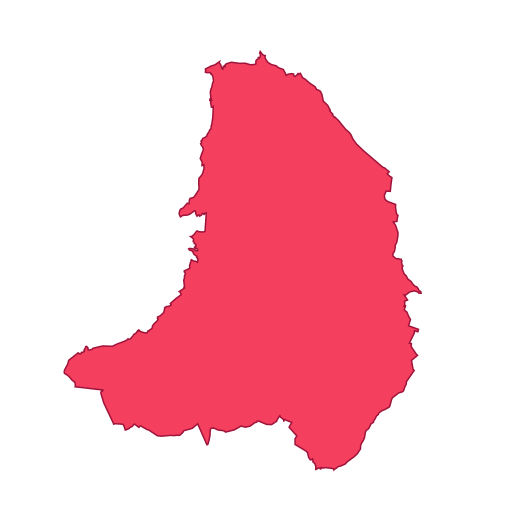 the district of Mugeni, Harghita, Romania, rotated 8°
{"feature_id": "2599482B85460636832431", "entity_name": "Mugeni", "entity_type": "district", "adm_level": 2, "iso_a3": "ROU", "parent_name": "Romania", "parent_adm1": "Harghita", "projection": "orthographic", "projection_center": [25.181, 46.268], "detail": "fine", "context": "isolated", "style": "filled", "palette": "rose", "viewbox_px": 512, "rotation_deg": 8, "n_neighbors": 0, "source": "geoboundaries", "source_scale": "gbopen_adm2", "svg_char_len": 6075}
<svg xmlns="http://www.w3.org/2000/svg" viewBox="0 0 512 512"><g transform="rotate(8 256 256)"><path d="M362.9,457.0L363.3,456.3L364.4,455.6L366.7,453.1L369.3,452.1L373.5,449.4L374.8,447.3L381.3,440.9L383.7,438.0L386.3,432.6L386.0,429.0L386.7,426.3L387.5,424.8L388.7,421.2L388.9,415.1L389.6,413.2L391.6,411.3L393.3,406.2L395.5,404.3L395.5,402.6L396.5,400.9L397.7,397.3L399.1,396.1L399.4,394.6L400.2,393.5L402.8,391.3L404.7,390.3L408.9,387.1L409.4,386.2L410.2,379.4L410.8,377.5L416.1,371.9L419.9,370.1L420.9,368.9L421.6,365.0L422.6,362.0L422.6,360.6L422.3,359.8L428.6,347.3L427.3,346.3L424.5,337.7L429.8,331.9L428.6,331.1L422.2,324.0L422.1,321.1L420.0,321.0L423.5,310.3L423.3,308.1L426.9,308.5L427.1,306.0L416.8,303.9L417.8,297.3L415.6,294.6L413.3,290.6L410.3,288.7L411.1,283.9L410.3,285.2L409.6,285.1L410.1,283.5L409.5,280.1L412.2,278.5L408.2,274.0L409.4,274.1L413.3,270.1L417.8,268.5L421.2,269.1L422.3,270.1L424.7,269.9L424.1,268.3L422.2,267.5L421.1,265.7L419.5,264.2L417.4,263.7L415.0,261.8L413.1,259.6L409.5,257.6L407.4,254.6L405.3,253.2L402.5,248.4L402.5,246.1L402.9,245.4L402.3,245.2L400.9,242.0L400.9,241.5L401.3,241.0L400.2,239.0L398.5,239.3L397.7,238.8L395.2,239.2L391.5,236.9L391.3,236.1L391.5,234.0L392.3,232.7L392.5,231.7L392.7,228.1L392.3,226.3L393.5,222.8L393.7,216.4L393.4,213.1L390.0,206.3L387.2,203.2L390.8,202.1L390.6,199.5L391.0,196.1L389.3,194.7L388.9,193.5L387.4,188.7L387.1,185.5L379.2,183.8L377.8,183.1L376.0,182.0L375.3,180.8L375.4,180.4L374.8,179.0L374.8,177.5L375.9,173.6L380.0,173.3L379.7,166.3L379.7,159.4L377.3,158.4L374.5,156.3L376.2,154.1L371.1,150.9L369.1,150.4L347.8,136.8L339.9,131.1L335.6,126.6L333.1,122.6L331.2,120.7L326.9,117.9L319.1,110.6L314.9,107.5L314.6,107.9L312.1,105.8L311.9,105.0L312.2,104.8L309.1,102.3L308.7,101.8L309.2,101.2L306.0,96.8L301.2,93.4L298.7,86.7L297.3,84.5L296.1,83.4L292.9,82.7L291.0,80.2L284.8,77.2L280.2,74.1L277.4,73.0L274.5,68.9L272.8,70.2L272.2,69.5L271.1,71.4L269.7,72.8L268.3,72.1L268.0,70.6L266.0,70.4L262.2,71.6L260.7,73.0L259.6,70.9L257.1,67.5L252.0,66.4L249.5,64.8L244.7,64.3L241.0,62.7L238.3,59.9L237.2,58.0L237.3,56.3L235.0,56.0L231.7,52.9L231.4,54.6L232.0,54.9L232.4,57.1L232.2,59.1L231.7,59.6L230.7,59.1L230.4,60.7L228.9,62.1L228.8,63.9L229.2,65.7L228.1,66.4L224.4,67.4L218.2,66.6L213.1,67.5L204.5,67.6L199.8,69.8L198.6,71.5L199.1,71.9L198.9,73.0L197.3,72.7L197.1,75.6L196.2,75.2L194.4,71.5L192.6,69.6L192.8,68.6L188.6,72.5L185.3,74.0L179.8,77.9L180.4,79.1L180.2,80.9L181.5,81.3L185.1,80.8L186.1,81.6L186.0,82.1L186.7,82.2L187.6,83.2L188.5,84.7L189.5,88.4L189.4,90.0L189.0,90.4L188.7,95.3L188.2,96.9L187.9,100.0L189.1,105.1L190.2,107.6L188.6,107.0L188.6,108.5L189.8,109.1L189.8,111.2L190.4,112.3L190.9,114.6L192.1,114.9L192.9,114.0L193.9,124.3L193.9,131.3L193.5,133.5L193.8,136.1L192.6,137.6L192.2,139.5L190.7,142.4L190.8,143.9L190.1,144.3L189.7,145.2L187.0,146.9L186.5,148.0L186.7,148.7L185.7,149.4L185.6,150.0L186.4,151.4L185.5,152.5L186.7,154.3L187.9,155.3L189.1,157.9L187.9,162.8L187.2,167.3L189.7,170.7L189.9,174.0L191.7,172.9L192.3,176.6L191.7,181.2L191.1,183.2L188.6,187.3L189.4,193.5L190.2,196.6L190.1,198.5L186.9,205.3L185.9,206.8L182.9,208.0L182.3,209.1L182.3,213.6L180.6,213.3L177.2,218.5L174.9,220.0L174.3,221.2L173.9,224.0L174.2,225.4L175.7,227.8L177.7,226.1L182.7,224.9L184.6,223.8L189.1,219.6L189.9,219.9L190.3,222.4L192.1,224.8L192.9,223.6L193.8,223.2L194.6,224.4L196.3,223.0L197.1,221.2L198.8,222.1L199.7,220.4L200.8,220.3L202.1,238.8L200.9,239.4L198.3,239.8L195.5,239.8L194.2,239.3L193.6,239.9L191.5,243.6L189.7,245.5L188.5,245.8L191.3,247.5L191.9,248.5L191.7,250.1L191.9,250.6L192.9,250.9L193.2,252.4L194.3,252.6L195.2,253.5L194.8,254.3L195.1,255.1L193.9,255.7L193.9,256.4L194.9,257.0L196.2,256.8L197.1,257.6L197.5,258.5L197.1,259.0L195.8,259.1L193.0,257.8L190.6,257.6L188.9,257.8L188.3,258.3L189.3,259.4L191.6,259.8L193.2,260.6L193.1,261.2L194.5,263.1L197.6,264.6L197.3,265.6L198.9,266.7L198.6,267.4L199.1,269.2L198.9,270.4L196.9,269.6L195.5,269.8L192.5,268.7L191.5,275.1L192.2,277.4L187.0,280.7L187.2,281.7L187.8,281.9L188.5,283.7L187.9,285.7L188.2,287.4L187.8,290.1L189.3,295.9L189.0,297.3L189.7,297.6L184.9,301.9L185.7,302.3L187.4,304.6L182.8,309.1L177.8,314.9L178.8,316.3L178.6,316.5L176.2,318.2L174.7,318.3L172.8,319.8L172.7,323.4L172.3,325.1L169.2,328.8L167.0,330.1L167.1,331.6L167.9,332.5L166.5,334.9L164.8,336.8L163.3,339.4L163.1,342.2L160.4,344.6L160.3,345.1L159.5,345.2L158.7,347.3L156.2,347.6L150.6,346.6L150.9,345.8L150.2,345.5L149.2,346.4L148.2,348.7L145.7,350.9L145.7,351.6L142.8,356.0L141.3,356.3L140.8,355.8L140.3,356.8L137.0,359.1L130.8,362.4L126.3,365.4L116.8,366.4L107.7,369.9L106.4,371.3L104.3,372.3L102.9,372.3L102.4,370.4L100.9,369.1L100.0,369.4L99.9,370.4L98.8,373.3L99.3,374.4L97.9,375.5L96.5,375.7L96.3,376.9L95.8,377.3L94.9,377.5L93.4,376.6L85.0,385.4L84.7,388.9L82.2,395.8L82.3,398.1L82.7,398.9L86.3,400.5L89.1,402.6L91.0,404.5L93.8,406.1L94.5,407.0L95.2,409.8L95.1,410.7L123.0,410.0L123.0,410.9L121.6,411.6L121.4,413.3L125.6,422.5L138.6,442.4L139.5,441.7L147.7,441.1L149.1,443.0L150.8,446.6L154.1,444.7L155.3,443.2L157.0,442.1L159.0,439.3L163.9,442.0L164.6,440.5L165.4,440.3L172.4,443.1L173.9,443.2L183.3,447.7L187.4,447.6L196.9,445.4L199.8,445.3L202.7,444.5L204.5,444.4L205.7,443.9L208.1,440.9L208.8,439.1L216.8,435.6L221.6,430.3L233.7,449.8L234.6,449.0L235.2,444.5L235.4,439.8L234.9,435.0L235.1,433.7L235.7,432.6L237.5,432.6L237.8,432.1L242.5,433.6L248.0,433.5L250.5,434.6L258.7,431.2L264.9,426.5L269.4,427.0L274.0,425.2L278.0,421.2L279.7,420.6L280.6,419.2L281.1,419.0L290.0,421.3L294.9,420.8L299.5,416.7L299.6,415.6L301.4,411.4L302.4,412.0L302.4,411.6L302.9,412.3L306.0,414.1L306.7,416.2L306.6,415.2L307.0,414.0L314.5,415.8L312.6,421.0L321.5,428.5L320.1,431.6L320.9,437.2L332.8,442.3L334.3,443.5L336.3,448.4L337.5,449.4L338.0,450.3L339.4,450.0L340.1,449.0L340.9,450.1L340.9,451.6L341.5,452.4L343.1,453.2L344.7,456.7L344.7,458.5L345.0,459.1L347.6,457.1L348.6,457.2L349.3,457.9L350.0,457.6L350.3,457.0L349.9,456.5L350.1,456.3L352.1,456.6L354.2,455.9L360.1,455.7L362.4,456.0L362.9,457.0Z" fill="#f43f5e" stroke="#9f1239" stroke-width="1.5"/></g></svg>